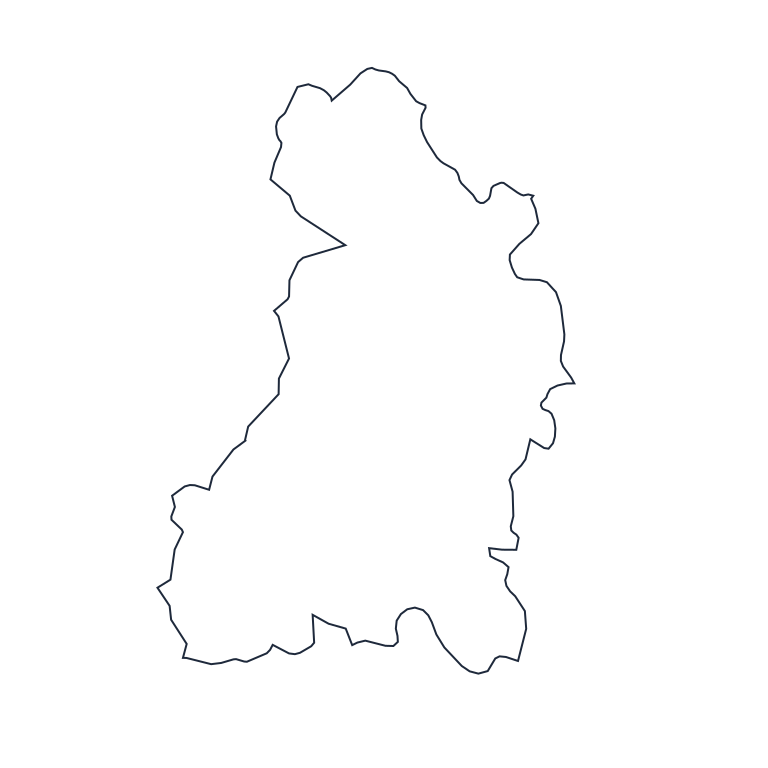 Orense, Natural Earth projection, rotated 281°
{"feature_id": "ESP-5838", "entity_name": "Orense", "entity_type": "Autonomous Community", "adm_level": 1, "iso_a3": "ESP", "parent_name": "Spain", "parent_adm1": "", "projection": "natural_earth1", "projection_center": [-7.513, 42.192], "detail": "fine", "context": "isolated", "style": "outline", "palette": "slate", "viewbox_px": 768, "rotation_deg": 281, "n_neighbors": 0, "source": "natural_earth", "source_scale": "10m", "svg_char_len": 2760}
<svg xmlns="http://www.w3.org/2000/svg" viewBox="0 0 768 768"><g transform="rotate(281 384 384)"><path d="M133.5,446.8L128.6,443.2L127.3,435.4L128.5,414.6L125.1,407.2L121.6,402.6L136.6,393.1L138.1,375.4L143.8,358.0L116.7,364.8L112.7,362.6L104.1,352.8L101.8,348.1L101.4,342.2L106.7,324.5L101.3,322.9L97.3,320.3L85.2,302.4L84.9,299.7L85.7,291.3L85.0,288.8L79.1,277.4L76.0,267.8L77.4,242.3L76.8,238.9L91.2,239.9L112.0,220.0L125.3,215.9L140.8,200.5L151.2,211.7L181.6,210.1L200.2,214.9L202.5,213.3L210.2,201.3L213.4,200.5L223.4,202.2L233.9,197.3L245.4,207.9L247.8,212.8L248.5,217.6L246.8,232.5L260.4,233.3L291.0,248.7L302.0,258.8L302.6,258.3L316.3,258.8L353.9,282.5L369.3,279.8L390.9,285.9L430.2,267.5L434.8,262.1L448.8,273.2L451.8,274.1L467.8,271.4L487.3,276.4L492.5,280.5L512.9,319.5L532.7,270.4L537.3,264.0L550.9,255.6L563.2,233.5L580.4,234.2L596.9,237.7L601.1,237.3L602.6,236.0L603.3,234.9L605.0,233.4L608.6,231.2L616.2,228.9L621.1,229.0L625.2,230.7L629.9,234.4L631.6,235.3L659.1,242.4L663.8,252.6L663.0,256.4L662.2,264.7L660.9,268.9L659.2,272.1L656.3,276.1L655.0,277.4L652.2,278.6L671.4,293.7L684.4,301.6L690.1,307.5L692.0,311.9L691.1,315.5L690.8,319.1L691.2,326.0L691.0,329.4L690.1,332.7L688.7,335.8L684.1,341.1L679.0,350.2L673.8,354.6L667.7,361.6L666.5,365.3L665.4,371.5L663.1,372.1L655.8,370.0L650.3,370.1L641.9,371.9L635.8,375.5L629.7,380.1L616.5,392.7L613.6,396.9L612.0,400.3L607.9,412.9L605.2,415.8L602.0,417.8L598.8,419.1L595.8,421.7L586.5,435.4L581.4,440.2L580.1,444.0L580.8,447.2L583.3,449.6L586.0,451.6L588.9,452.2L596.7,452.1L599.4,453.7L603.4,459.5L604.0,460.9L604.2,463.1L597.4,478.4L596.1,482.1L595.7,484.9L597.6,489.4L597.3,494.6L593.9,493.1L584.9,499.2L571.3,504.9L559.2,499.7L547.5,490.2L535.1,482.9L529.6,483.7L522.8,487.3L517.0,491.5L514.2,494.4L513.3,501.1L515.8,516.8L515.0,524.5L510.6,530.4L507.0,535.3L494.4,542.7L467.1,551.6L460.2,552.6L446.2,552.2L440.4,553.2L435.3,556.5L426.0,566.5L420.9,570.7L419.3,563.0L415.6,554.6L410.7,548.1L405.3,546.4L401.6,546.0L395.8,542.1L392.8,542.1L389.9,544.4L389.2,547.3L388.8,550.6L386.8,554.1L380.9,558.0L373.1,560.7L364.9,561.8L358.1,561.2L351.9,557.9L351.7,553.4L357.6,538.2L337.0,537.3L330.2,534.2L319.6,527.0L313.6,525.5L302.8,530.8L278.9,536.2L268.5,535.6L264.5,536.9L262.7,539.6L261.4,542.7L258.7,545.5L246.5,545.5L243.9,531.6L242.9,518.5L235.3,521.2L233.5,526.8L231.6,534.9L228.0,541.2L220.8,541.3L214.6,540.4L209.2,542.7L204.5,547.4L200.7,553.3L188.0,565.6L187.3,565.8L170.8,570.3L137.7,568.4L137.8,567.4L139.3,555.8L138.7,549.4L135.8,545.6L122.0,540.6L117.7,531.9L118.3,522.9L122.0,514.2L136.9,493.5L148.1,483.2L159.3,476.4L165.4,471.6L169.5,465.5L170.4,457.0L167.3,449.8L161.4,444.5L154.1,441.6L146.1,442.3L139.3,445.3L133.5,446.8Z" fill="none" stroke="#1e293b" stroke-width="2"/></g></svg>